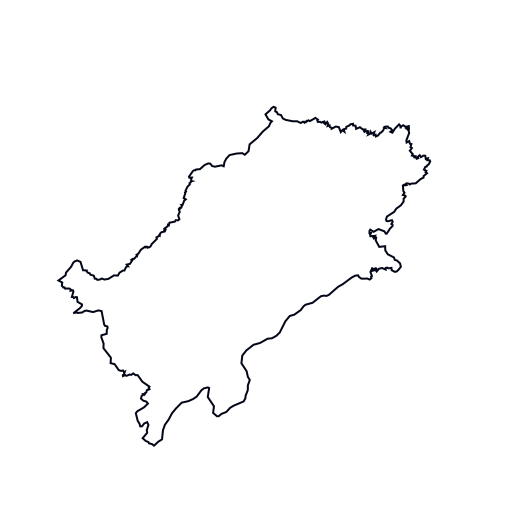 the district of Chereponi, Northern, Ghana, rotated 53°
{"feature_id": "2480657B14989848452061", "entity_name": "Chereponi", "entity_type": "district", "adm_level": 2, "iso_a3": "GHA", "parent_name": "Ghana", "parent_adm1": "Northern", "projection": "equal_earth", "projection_center": [0.223, 10.179], "detail": "fine", "context": "isolated", "style": "outline", "palette": "ink", "viewbox_px": 512, "rotation_deg": 53, "n_neighbors": 0, "source": "geoboundaries", "source_scale": "gbopen_adm2", "svg_char_len": 6051}
<svg xmlns="http://www.w3.org/2000/svg" viewBox="0 0 512 512"><g transform="rotate(53 256 256)"><path d="M156.7,428.5L160.6,426.7L163.0,429.0L164.8,428.7L164.7,429.5L165.9,427.8L167.1,428.1L169.7,424.6L171.3,424.1L172.1,425.0L173.1,422.9L174.5,423.2L177.9,427.7L178.8,426.7L180.0,426.8L180.2,424.8L181.1,423.8L185.2,426.1L190.0,424.1L191.1,425.1L191.7,428.0L191.8,436.3L193.1,433.2L194.1,432.8L196.5,428.8L196.7,426.1L197.5,424.3L202.7,419.9L204.6,414.6L207.1,412.5L219.4,418.5L221.0,418.6L222.7,417.1L224.1,417.7L225.2,419.6L228.3,422.1L226.3,427.1L227.7,428.4L234.2,430.4L237.8,433.3L249.9,433.1L254.1,436.6L257.3,434.0L264.5,434.3L266.5,433.0L267.4,431.1L269.4,431.4L269.5,430.5L270.8,432.4L271.6,432.3L271.0,434.0L271.8,434.5L272.3,432.6L273.8,431.4L274.6,428.3L275.8,427.3L275.9,424.7L278.7,423.9L279.9,422.2L288.1,422.4L296.3,419.7L296.9,421.2L298.3,421.3L297.5,423.9L298.9,425.7L298.7,427.1L299.2,427.2L299.9,429.4L298.9,428.4L298.1,429.7L299.0,430.2L299.0,431.7L300.7,433.7L303.7,433.1L306.3,431.2L308.8,431.1L309.5,436.5L308.6,444.2L309.2,446.6L316.5,449.7L320.1,450.0L322.3,451.0L323.4,449.6L322.5,446.1L323.2,442.9L326.2,443.6L329.3,448.0L331.7,449.3L333.3,456.2L337.6,455.3L339.8,453.9L341.2,454.2L343.7,452.2L346.1,451.6L345.5,445.8L345.9,441.4L339.2,435.2L336.0,430.4L334.0,424.0L331.1,417.9L329.6,411.7L328.4,403.6L331.2,397.4L332.4,392.1L332.6,388.0L330.4,380.5L330.3,377.4L332.0,373.5L333.3,372.9L339.6,379.4L350.7,380.0L355.5,384.7L360.5,383.6L361.5,382.2L361.3,378.7L362.7,373.6L361.7,368.1L362.0,364.4L364.7,353.4L363.2,350.0L361.5,348.6L358.1,343.2L354.4,340.3L351.3,335.6L347.6,335.2L342.3,332.8L332.9,332.2L327.3,326.9L325.6,320.6L325.4,311.4L327.9,305.1L329.0,296.6L331.3,292.8L332.0,287.8L331.4,283.1L325.8,271.8L324.2,265.1L325.9,260.8L326.1,252.7L324.8,248.4L324.7,245.8L327.4,239.0L327.2,228.4L328.3,225.9L330.3,223.7L330.9,221.1L330.0,209.0L330.7,203.8L330.8,192.3L331.5,188.3L332.9,186.1L334.7,186.4L337.6,185.4L341.1,180.6L343.2,179.4L343.2,177.2L341.9,176.7L341.8,175.5L337.6,174.2L335.7,170.6L337.2,169.8L337.9,171.9L338.7,169.8L337.6,168.7L337.9,167.6L339.7,167.5L340.3,169.0L341.0,169.0L340.2,165.4L341.4,162.6L344.9,160.6L343.6,159.6L344.1,158.3L345.5,157.7L347.0,155.0L349.0,156.2L352.3,154.6L353.0,153.0L352.8,150.6L351.8,146.8L348.6,145.4L344.5,146.1L342.6,147.5L340.2,146.7L334.0,149.7L329.4,149.4L325.9,147.0L322.9,152.1L315.6,151.0L313.5,148.9L313.0,149.1L313.0,151.3L311.9,151.2L311.4,149.0L309.1,152.7L307.7,152.1L306.8,150.3L306.0,151.6L304.3,150.3L303.7,148.9L307.5,147.4L308.2,142.0L313.6,138.6L316.4,138.9L316.8,138.0L314.8,132.6L314.2,128.8L313.1,128.1L311.9,128.6L311.0,126.3L309.2,125.9L307.7,129.6L306.6,130.7L305.1,130.2L303.3,127.7L303.9,119.0L302.6,115.4L302.7,109.7L301.3,105.3L299.1,103.6L298.6,100.7L297.8,100.4L295.7,102.0L294.8,99.3L292.9,99.3L288.1,96.3L288.2,94.8L289.2,94.7L289.9,93.1L288.7,93.1L288.5,92.1L290.2,90.4L291.4,90.2L291.6,88.5L294.1,84.7L293.6,78.0L294.2,75.0L293.0,74.0L292.8,69.6L291.0,70.1L290.5,68.7L288.1,69.9L286.7,67.1L287.3,65.8L286.7,64.9L286.7,62.8L285.3,59.9L284.1,59.7L282.6,61.5L281.4,59.9L280.7,62.0L277.8,60.5L276.6,61.9L276.3,64.8L274.0,64.6L274.2,67.3L275.5,67.6L275.0,69.1L274.1,68.7L272.6,70.0L272.2,68.7L269.7,71.0L269.0,69.5L264.5,69.8L263.6,66.5L261.9,67.0L260.1,64.5L258.9,65.5L256.4,64.5L256.0,67.4L254.2,66.4L249.9,59.6L247.3,58.5L244.5,59.2L244.9,57.9L246.3,57.2L244.2,55.8L242.9,58.8L240.1,59.8L240.0,62.3L241.0,63.7L238.9,62.4L237.0,62.5L237.9,68.4L239.6,72.9L237.7,73.9L237.7,71.5L235.0,71.7L233.7,72.8L231.9,72.8L230.4,75.1L230.3,76.1L231.6,75.8L230.9,76.6L232.3,79.0L232.7,81.8L232.3,82.5L233.2,86.0L232.7,88.3L231.1,87.5L230.3,90.1L230.0,88.5L229.2,88.5L228.3,87.0L227.8,90.0L226.2,89.8L227.2,90.8L226.7,93.1L226.3,92.2L225.1,93.0L225.0,91.9L224.1,91.1L223.4,91.6L223.7,92.7L222.4,92.9L222.1,94.7L221.4,94.6L221.6,93.0L220.8,92.4L219.3,94.5L215.7,95.5L214.7,99.5L211.8,98.1L210.2,99.9L208.8,99.0L207.6,101.4L208.0,102.6L207.2,106.1L208.5,107.3L207.6,109.5L209.9,110.6L207.4,111.2L208.1,113.7L202.9,112.3L200.6,114.4L199.9,119.0L199.2,118.5L197.5,119.4L196.0,118.6L195.3,120.6L193.8,118.7L191.8,118.5L192.5,120.9L189.7,120.4L189.4,121.5L190.1,121.8L189.1,122.0L188.8,123.5L187.4,124.1L186.2,125.9L184.8,125.6L184.4,124.5L181.5,125.4L180.7,131.8L179.2,132.5L179.1,134.4L178.6,134.5L179.1,135.7L178.3,136.3L178.7,137.0L177.0,137.6L176.7,140.2L173.1,142.1L170.6,145.5L165.1,150.4L162.3,151.8L158.5,151.2L155.8,153.3L153.8,152.7L152.1,153.6L149.4,151.1L147.5,152.1L147.3,154.7L148.1,157.0L148.6,163.2L154.4,163.9L158.0,162.2L158.3,164.2L160.2,167.7L160.7,175.6L162.5,184.0L163.0,193.9L167.8,198.9L168.4,204.0L165.6,205.1L162.5,209.8L159.5,216.3L160.3,220.9L161.9,224.5L164.9,227.8L162.9,228.9L160.0,235.0L157.7,236.9L154.8,236.9L153.3,238.5L152.4,242.3L152.9,248.5L150.8,251.9L151.1,252.8L150.2,254.0L150.2,255.3L152.3,261.8L153.4,262.1L154.8,260.0L155.6,261.5L157.1,262.6L157.6,262.2L157.2,263.2L157.9,263.8L157.8,265.2L159.0,265.8L159.4,268.9L161.4,272.9L162.5,273.1L162.5,274.5L163.6,275.0L166.2,278.9L168.5,278.0L168.6,280.1L170.9,283.7L170.3,284.8L171.3,284.8L172.1,286.1L171.6,287.7L171.8,288.5L172.5,287.9L172.7,289.8L174.8,290.3L176.8,293.8L180.6,295.1L180.6,296.8L179.1,298.6L179.7,300.2L177.3,305.1L179.0,307.1L178.1,307.5L179.1,308.6L179.0,312.5L180.4,312.2L181.2,313.5L180.1,313.7L181.2,314.9L180.1,317.3L180.4,319.2L181.9,320.7L181.2,321.0L181.6,322.2L181.2,324.3L182.7,324.9L183.7,332.0L184.8,334.3L184.9,335.6L184.1,337.6L183.3,337.2L182.4,338.2L182.5,339.1L181.8,339.2L181.7,344.1L183.3,348.5L183.2,350.5L183.9,350.3L184.7,351.3L184.3,351.9L184.9,355.1L184.1,356.2L184.1,357.8L185.0,357.4L186.4,361.4L185.1,364.4L187.3,364.4L186.6,365.4L186.8,366.8L188.4,369.8L187.5,371.2L187.2,375.0L188.5,378.1L186.0,381.1L185.5,387.5L183.6,391.2L181.2,392.7L180.8,395.0L179.5,397.1L177.8,397.4L177.1,398.4L174.1,397.4L171.2,399.5L169.7,399.2L168.5,400.2L166.5,400.5L165.7,399.9L163.3,402.7L155.1,399.7L151.9,401.5L151.2,404.2L151.4,406.1L153.3,410.0L154.9,417.7L156.8,419.7L156.7,428.5Z" fill="none" stroke="#020617" stroke-width="2"/></g></svg>